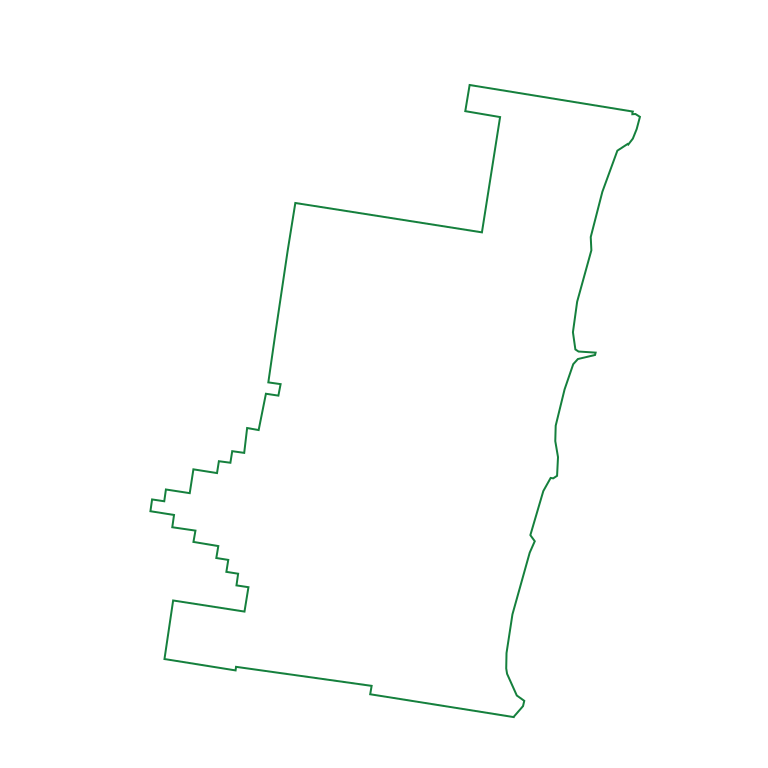 outline of Tillamook, Oregon, United States of America, rotated 189°
{"feature_id": "52423323B79399989430329", "entity_name": "Tillamook", "entity_type": "district", "adm_level": 2, "iso_a3": "USA", "parent_name": "United States of America", "parent_adm1": "Oregon", "projection": "orthographic", "projection_center": [-123.717, 45.414], "detail": "fine", "context": "isolated", "style": "outline", "palette": "green", "viewbox_px": 768, "rotation_deg": 189, "n_neighbors": 0, "source": "geoboundaries", "source_scale": "gbopen_adm2", "svg_char_len": 1176}
<svg xmlns="http://www.w3.org/2000/svg" viewBox="0 0 768 768"><g transform="rotate(189 384 384)"><path d="M498.5,367.5L486.1,367.7L486.5,356.0L499.1,355.9L500.6,318.9L512.3,319.1L511.3,294.1L523.4,293.9L523.4,282.2L535.0,281.9L535.0,269.9L558.9,269.9L558.8,245.8L582.9,245.7L582.7,233.8L595.0,233.7L594.8,221.8L570.9,221.8L570.7,209.4L547.3,209.7L547.5,198.2L522.3,198.0L522.4,185.9L510.3,185.9L510.3,173.8L498.4,173.8L498.2,162.0L486.1,162.1L486.2,137.4L558.4,137.2L557.8,78.0L485.8,77.9L485.9,81.5L349.0,83.9L349.1,75.4L203.7,75.3L203.6,75.9L196.3,87.6L195.9,93.0L204.1,97.1L217.1,117.0L218.8,122.2L220.9,137.4L221.1,176.6L213.7,240.2L210.5,252.3L215.3,257.1L215.8,257.7L209.9,303.2L204.7,317.3L202.1,317.3L198.7,320.4L200.7,339.0L205.9,354.4L207.9,369.7L204.8,406.9L200.2,433.2L196.4,439.0L180.1,445.7L179.9,448.1L197.0,446.5L200.4,448.1L205.5,464.7L206.1,495.5L200.1,548.5L202.8,561.5L198.4,608.0L190.0,651.0L180.9,659.2L180.2,658.7L176.6,665.3L174.3,675.4L173.0,687.9L177.9,690.0L180.9,689.3L181.1,690.9L180.9,692.0L346.2,692.7L346.4,666.2L311.1,665.8L311.0,549.1L499.9,548.9L500.0,500.2L499.2,416.7L498.5,367.5Z" fill="none" stroke="#15803d" stroke-width="2"/></g></svg>